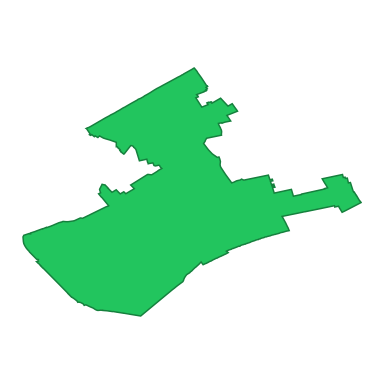 Midden-Delfland, Zuid-Holland, Netherlands (Equal Earth projection)
{"feature_id": "6326949B8148918487264", "entity_name": "Midden-Delfland", "entity_type": "district", "adm_level": 2, "iso_a3": "NLD", "parent_name": "Netherlands", "parent_adm1": "Zuid-Holland", "projection": "equal_earth", "projection_center": [4.318, 51.971], "detail": "fine", "context": "isolated", "style": "filled", "palette": "green", "viewbox_px": 384, "rotation_deg": 0, "n_neighbors": 0, "source": "geoboundaries", "source_scale": "gbopen_adm2", "svg_char_len": 5856}
<svg xmlns="http://www.w3.org/2000/svg" viewBox="0 0 384 384"><path d="M207.2,85.9L206.8,85.9L206.4,85.4L204.2,82.0L201.3,77.6L197.8,72.8L196.9,71.2L194.5,68.3L194.2,68.0L193.5,68.3L192.8,68.8L192.2,69.2L183.6,74.0L182.9,74.6L181.8,75.0L180.7,75.8L177.6,77.3L175.1,78.7L172.7,80.0L166.8,83.2L162.7,85.4L160.2,86.8L156.7,88.6L153.4,90.6L150.0,92.8L146.7,94.7L144.8,95.7L143.3,96.8L141.0,98.1L140.2,98.5L138.6,99.1L138.3,99.2L137.1,100.1L131.5,103.2L126.3,106.2L125.0,107.0L123.1,107.9L119.4,110.2L116.6,111.7L115.3,112.6L113.2,113.7L110.7,114.9L109.5,115.7L105.5,117.8L90.9,126.3L89.0,127.3L88.4,127.6L87.3,127.9L86.2,128.5L86.6,128.7L90.2,134.1L89.4,134.7L89.5,134.8L90.8,135.4L91.8,134.6L94.3,136.7L95.1,135.9L97.9,137.5L99.5,135.9L102.9,137.8L103.5,138.1L105.6,138.8L109.8,140.0L116.3,142.3L116.3,146.8L117.4,146.8L118.3,148.3L118.7,148.3L119.3,149.1L119.5,149.1L120.2,149.8L119.8,150.4L120.8,151.3L120.6,151.6L120.7,151.8L121.1,152.1L121.3,152.1L122.3,153.0L123.8,154.1L124.3,153.8L125.4,152.4L130.7,145.6L131.8,145.7L132.9,146.1L133.3,146.5L133.8,147.4L134.6,147.9L135.0,148.4L135.7,149.2L136.0,149.7L139.4,160.8L146.8,159.2L147.6,162.3L147.8,162.4L148.2,163.8L148.7,163.6L152.8,162.9L153.0,163.0L153.9,165.3L154.0,165.5L155.2,165.9L155.6,165.9L158.9,165.2L159.1,165.3L159.5,165.5L160.3,167.0L161.8,168.5L158.4,170.4L157.2,171.4L152.0,174.6L151.4,174.8L147.9,174.4L147.5,174.5L130.7,185.0L134.3,188.7L125.8,193.7L123.8,191.8L120.2,193.9L116.2,189.8L112.0,192.3L107.9,188.2L108.1,188.1L106.8,186.7L105.0,184.9L104.9,185.0L102.1,184.3L99.6,189.3L99.6,189.7L100.6,192.8L98.6,193.8L101.4,197.2L101.9,197.5L108.7,205.8L108.1,206.2L106.3,206.7L82.6,218.3L80.8,218.0L80.3,218.0L74.6,220.6L73.6,220.9L72.3,221.1L68.0,221.7L66.6,221.7L65.0,221.6L63.0,221.4L61.1,222.3L61.0,222.1L58.7,222.8L50.7,226.2L46.7,227.6L46.5,227.3L42.4,229.0L42.3,228.8L36.3,231.0L35.1,231.5L30.4,233.0L30.2,233.1L30.2,233.3L30.5,233.8L30.0,233.9L28.9,233.6L23.8,235.3L23.6,235.7L23.6,235.8L23.0,236.9L23.4,241.7L23.8,243.6L24.1,244.3L24.9,245.9L26.5,248.4L27.7,249.8L29.2,251.4L29.5,252.0L36.6,259.2L38.4,259.5L37.9,261.1L38.0,261.2L36.5,261.6L38.2,263.3L38.4,263.3L40.8,265.7L40.6,265.8L42.8,268.0L42.9,267.9L59.2,284.4L68.8,294.2L68.6,294.2L71.4,297.0L71.5,296.9L72.6,297.7L74.0,298.6L76.7,300.7L76.8,300.7L77.8,302.3L78.5,302.1L80.6,302.5L83.1,303.8L84.2,305.4L85.9,304.8L89.9,306.7L91.8,307.5L92.8,307.9L94.3,308.8L95.3,309.5L96.6,310.1L97.6,310.4L98.6,310.4L100.4,310.2L101.2,310.2L102.3,310.4L102.5,310.2L102.8,310.2L102.9,310.4L103.3,310.5L107.1,310.8L112.5,311.6L112.8,311.6L113.1,311.5L116.6,312.1L122.3,313.0L140.7,316.0L150.8,307.6L170.7,291.1L172.4,289.7L174.6,288.0L175.9,286.9L177.8,285.4L182.8,281.7L183.0,281.4L183.4,280.6L183.7,279.9L183.7,279.6L184.4,278.0L185.1,276.8L186.5,274.8L187.6,274.0L188.7,273.4L190.0,272.5L190.4,271.8L191.2,271.4L192.0,270.7L193.1,269.5L195.2,267.5L195.6,267.3L196.5,266.5L196.6,266.4L198.8,264.4L201.1,262.0L203.1,264.7L204.2,264.2L204.9,263.7L205.4,263.7L206.3,263.3L206.8,263.2L207.4,262.6L208.0,262.5L209.8,261.4L211.0,261.1L211.6,260.6L212.2,260.4L212.6,260.1L213.3,259.7L214.4,259.2L215.6,258.6L215.9,258.4L217.4,258.0L218.1,257.5L220.2,256.5L221.1,256.2L221.9,255.7L222.6,255.5L222.9,255.4L223.4,255.0L224.6,254.5L226.1,253.8L228.2,252.6L226.4,251.2L228.4,250.2L229.5,249.8L230.1,249.6L231.2,249.3L232.5,248.5L233.0,248.5L235.9,247.4L237.9,246.6L238.3,246.3L238.6,246.2L238.9,246.2L239.4,246.3L239.7,246.2L240.1,246.1L240.6,245.5L241.3,245.2L242.0,245.0L242.7,244.7L243.6,244.6L244.3,244.2L245.2,244.2L245.8,243.8L246.2,243.6L246.5,243.6L247.5,243.2L249.5,242.6L250.2,242.3L251.3,241.7L253.5,241.0L253.8,240.8L254.7,240.7L255.5,240.2L256.2,240.0L257.5,239.6L258.3,239.6L258.7,239.2L260.3,238.8L260.3,238.7L261.1,238.3L262.2,238.0L263.0,237.8L264.0,237.6L264.8,237.1L265.4,236.9L266.2,236.9L267.6,236.4L270.3,235.8L270.6,235.6L272.4,235.0L273.5,234.8L274.7,234.4L275.3,234.4L275.7,234.2L276.1,234.1L278.1,233.6L278.9,233.4L280.3,232.8L281.4,232.5L282.6,232.3L286.6,231.1L287.9,230.9L289.2,230.6L288.1,227.9L287.1,226.0L285.7,223.0L282.1,216.4L285.0,215.8L302.1,212.3L303.8,211.9L304.2,211.8L304.8,211.8L334.5,205.7L334.8,206.8L334.8,207.0L338.5,206.2L339.6,208.2L342.1,212.3L344.4,211.2L356.4,205.0L360.8,202.7L360.7,202.6L361.0,202.3L360.6,201.8L359.8,200.8L359.6,200.8L356.5,195.5L356.4,195.6L354.2,192.0L353.8,192.2L353.1,191.0L350.4,182.5L348.4,182.9L347.3,178.1L345.4,178.4L345.1,177.2L343.3,177.5L342.5,174.5L322.2,178.8L324.4,182.6L326.7,186.2L327.6,187.8L326.1,188.2L325.1,188.4L324.5,188.6L324.7,189.0L301.4,194.1L301.2,194.3L301.2,194.6L298.5,195.1L293.4,196.2L291.4,189.4L274.2,193.1L273.5,190.7L272.8,188.7L272.6,187.7L274.9,187.2L274.5,186.2L272.3,186.7L271.9,185.6L274.1,185.2L273.9,184.5L273.8,184.1L271.5,184.6L270.4,181.3L272.8,180.8L272.3,179.2L269.9,179.7L268.4,175.1L245.4,179.8L245.2,179.9L243.7,180.1L241.5,179.1L240.3,180.0L237.9,180.5L236.4,180.9L234.1,182.1L231.7,182.9L225.4,174.3L221.8,168.8L220.7,167.1L220.3,165.9L220.1,164.7L220.1,164.2L220.4,161.9L220.4,161.3L220.2,160.7L219.8,159.1L219.0,157.0L217.5,157.3L217.1,157.3L212.3,153.9L208.4,149.8L203.6,143.5L204.1,142.8L205.2,141.1L205.4,140.3L206.2,138.9L206.8,138.2L221.5,135.2L221.4,134.1L221.6,132.2L221.6,131.2L221.4,130.4L221.2,129.7L220.8,129.0L220.3,127.6L219.0,125.3L218.6,124.2L218.4,123.4L221.8,122.8L222.0,123.2L224.7,122.2L230.7,121.0L226.9,115.4L237.5,111.2L236.6,109.8L235.1,107.8L232.2,103.7L228.0,106.1L220.6,98.2L211.9,103.2L210.7,102.0L210.8,101.9L210.7,101.9L210.2,102.2L209.8,102.2L208.4,102.6L208.3,102.3L206.9,102.9L208.0,104.7L201.8,107.1L195.8,97.8L198.3,96.8L197.9,96.0L196.6,94.6L204.1,91.8L204.1,91.4L204.6,91.1L204.9,91.1L205.0,91.2L205.9,91.0L206.3,90.7L206.1,90.5L206.3,90.4L206.0,90.0L206.3,89.9L206.0,89.6L207.3,88.8L206.0,87.4L207.5,86.6L207.1,86.3L207.2,85.9Z" fill="#22c55e" stroke="#15803d" stroke-width="1.5"/></svg>